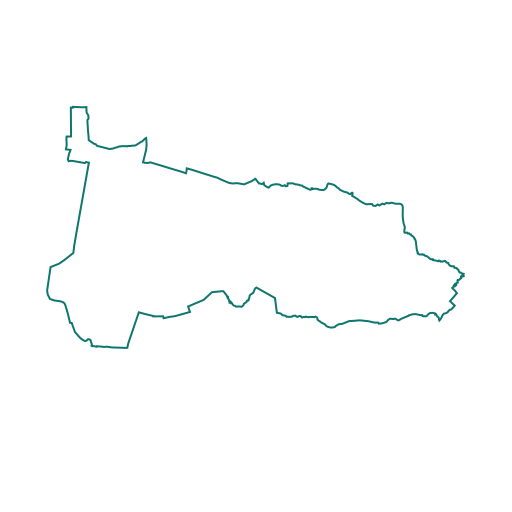 the district of Nicolae Balcescu, Bacau, Romania, rotated 190°
{"feature_id": "2599482B89029653208955", "entity_name": "Nicolae Balcescu", "entity_type": "district", "adm_level": 2, "iso_a3": "ROU", "parent_name": "Romania", "parent_adm1": "Bacau", "projection": "mercator", "projection_center": [26.867, 46.473], "detail": "fine", "context": "isolated", "style": "outline", "palette": "teal", "viewbox_px": 512, "rotation_deg": 190, "n_neighbors": 0, "source": "geoboundaries", "source_scale": "gbopen_adm2", "svg_char_len": 6040}
<svg xmlns="http://www.w3.org/2000/svg" viewBox="0 0 512 512"><g transform="rotate(190 256 256)"><path d="M121.6,332.0L122.5,332.3L123.8,332.4L127.3,331.7L131.4,332.0L132.2,331.9L133.8,331.1L134.8,330.9L136.7,331.0L137.3,330.5L138.4,329.3L139.2,329.2L140.7,329.5L143.2,327.2L144.7,327.8L145.3,327.8L146.9,326.1L149.1,325.8L149.7,326.2L150.4,327.2L151.0,327.3L156.5,326.1L160.1,327.0L164.5,328.8L166.0,329.8L168.1,330.5L169.7,331.3L171.3,331.6L171.7,331.8L171.8,332.3L171.6,334.0L171.8,334.7L172.0,335.0L172.5,334.9L173.1,334.4L173.8,333.4L174.8,333.2L176.9,334.3L181.1,334.7L185.0,335.9L186.6,337.1L187.9,337.5L190.2,339.0L191.7,339.6L194.3,339.9L197.3,340.0L197.8,339.3L198.0,338.7L198.5,335.4L198.7,334.9L199.5,334.3L199.9,333.5L200.6,332.9L201.5,332.5L206.0,332.3L206.9,332.8L210.4,332.3L211.9,331.7L212.0,332.2L212.5,332.5L212.8,332.4L212.4,331.9L212.6,331.6L213.8,330.7L214.7,330.7L222.1,332.8L223.0,333.4L224.4,333.2L226.3,333.6L228.0,333.6L229.4,333.4L232.8,334.0L234.2,333.5L235.5,333.4L237.4,333.0L237.2,331.3L237.2,330.6L237.4,330.3L239.0,329.9L239.6,330.6L240.1,330.7L241.0,330.0L242.2,329.6L243.5,329.6L244.3,330.2L245.0,330.4L248.3,330.3L251.7,329.2L253.4,328.2L254.5,327.0L255.0,325.9L255.6,325.5L257.5,326.0L260.2,327.2L261.1,329.4L262.0,328.3L262.6,327.9L264.9,328.1L265.5,327.9L268.7,330.7L269.9,331.9L270.3,331.9L270.4,331.4L271.5,330.6L273.2,329.0L280.1,324.5L286.7,324.5L288.5,324.2L290.7,323.5L292.9,323.3L295.3,323.3L304.0,325.3L307.6,326.4L311.8,326.8L334.3,329.8L339.4,330.3L339.2,326.7L339.4,325.3L343.8,326.0L376.5,329.9L377.2,329.4L378.9,328.8L381.2,328.5L383.5,328.6L382.7,341.0L382.8,343.1L382.9,345.3L383.3,347.7L384.0,350.6L384.7,353.1L385.3,352.7L388.1,349.0L389.5,348.1L389.8,347.7L393.6,344.2L395.0,343.5L395.9,343.5L399.0,342.5L401.1,342.1L401.9,341.6L402.5,341.8L403.4,341.5L406.6,341.0L410.3,339.9L411.5,339.0L413.5,338.2L415.4,337.0L417.0,336.6L418.6,335.9L431.8,336.9L433.1,338.2L435.2,338.5L440.8,341.0L442.2,346.7L443.4,350.9L444.0,353.7L445.2,358.3L445.6,360.7L444.8,362.1L445.5,365.2L446.7,366.7L447.3,367.3L447.9,368.4L448.9,373.2L452.8,372.3L462.2,371.1L462.1,370.3L464.1,370.0L458.9,341.6L463.3,340.7L462.9,337.7L461.7,332.5L461.7,328.0L457.1,328.3L457.3,326.3L457.6,325.7L457.9,324.0L458.1,318.4L456.8,316.8L455.1,317.5L453.4,317.8L441.1,317.8L440.4,318.0L439.8,319.0L436.8,318.9L436.9,246.5L436.8,234.5L436.4,227.3L444.1,218.7L448.5,214.3L456.4,209.4L455.7,185.7L454.4,181.8L451.4,177.9L446.7,177.2L440.5,177.4L437.4,176.8L436.2,175.8L435.1,174.2L432.2,168.5L427.5,157.9L425.9,158.1L421.1,149.7L415.0,144.8L412.0,143.3L409.7,142.6L409.1,142.7L408.2,143.3L407.0,144.9L406.5,145.0L404.8,144.7L404.2,144.3L403.9,143.3L402.4,140.7L402.2,140.0L402.4,139.0L402.1,138.8L399.5,139.1L397.1,139.0L397.0,139.5L395.4,139.7L389.5,140.1L387.3,140.8L382.3,140.9L367.6,143.0L366.8,143.3L366.6,147.9L361.6,180.2L354.2,179.5L346.5,179.1L346.5,178.7L337.0,180.5L336.2,178.7L329.9,181.3L327.2,182.0L324.7,183.0L311.3,189.4L314.1,194.5L299.9,203.7L293.1,212.7L283.1,215.5L282.0,215.6L277.9,212.0L277.7,211.7L277.6,211.2L277.3,211.1L277.2,210.8L276.5,210.9L276.4,210.5L276.6,209.9L276.5,209.6L275.1,208.3L274.6,206.7L274.2,206.2L273.8,206.2L273.5,206.9L273.3,206.9L273.1,206.8L272.9,206.1L272.6,206.0L273.1,205.4L272.7,205.4L272.5,205.2L272.2,205.5L271.8,205.5L269.6,203.4L267.8,203.2L266.9,202.7L263.6,203.4L261.4,203.5L260.0,205.1L259.7,205.9L259.6,207.0L257.5,208.8L257.2,209.4L257.3,210.0L257.2,210.4L256.7,210.8L255.7,210.9L255.5,211.5L255.6,213.0L255.3,213.6L255.4,215.4L254.9,216.7L254.2,217.5L252.3,219.2L251.5,223.1L251.1,224.0L250.1,225.0L230.0,217.9L225.6,203.7L223.1,203.7L221.2,203.5L219.9,202.5L219.3,202.3L216.4,202.3L215.2,201.4L214.1,201.8L213.2,201.7L210.0,202.5L209.3,203.3L207.9,203.9L206.7,204.1L206.1,203.6L204.8,203.2L202.9,204.4L201.5,204.5L200.0,203.4L198.7,204.2L196.6,204.4L196.3,205.0L194.0,204.8L191.4,205.5L188.9,205.9L188.2,205.8L187.0,206.6L185.6,206.2L184.9,205.6L184.4,204.1L183.3,203.3L181.7,202.7L180.6,202.0L176.4,200.7L174.7,199.3L173.3,198.8L170.4,198.5L169.3,198.6L166.9,199.3L165.8,200.0L165.1,201.1L162.6,203.2L159.4,204.1L153.1,208.0L142.4,210.7L133.9,211.3L127.9,211.0L124.0,211.6L123.3,210.7L120.9,211.3L118.3,212.5L116.3,213.6L115.7,214.2L115.1,215.6L113.3,217.4L112.6,217.6L110.2,217.7L108.2,218.4L107.6,218.4L105.7,217.5L104.9,217.3L104.0,217.6L101.9,219.5L95.3,223.7L95.2,224.1L91.7,225.8L88.7,226.5L83.2,226.3L82.3,226.7L81.9,226.6L81.7,226.3L81.8,226.1L81.5,225.8L81.0,225.7L78.2,226.1L77.3,226.8L76.1,228.7L74.6,230.1L72.6,230.6L71.8,230.7L70.3,230.6L69.9,230.4L69.5,229.7L69.1,230.3L68.3,229.7L67.3,228.2L66.0,227.4L65.1,226.6L64.7,225.0L64.2,224.3L62.9,226.7L62.1,229.8L61.1,231.7L58.8,232.8L57.5,233.9L56.6,235.8L55.6,236.8L54.7,237.1L53.9,238.0L51.7,241.7L57.1,245.2L51.7,254.2L53.9,256.3L57.2,258.5L57.2,258.8L56.4,259.6L56.1,260.1L56.1,260.5L55.4,260.4L55.0,260.6L55.2,261.7L55.7,262.1L55.4,262.6L54.9,262.1L53.9,261.9L53.7,262.3L54.4,263.4L54.2,263.9L53.9,264.2L52.7,264.8L52.7,265.1L53.4,266.9L53.2,267.5L52.1,267.6L51.2,268.5L51.0,269.2L50.1,269.7L50.1,269.9L50.5,270.5L50.5,270.8L49.8,271.1L49.8,271.4L50.3,271.8L49.6,272.6L48.4,272.0L47.9,272.2L48.0,272.5L48.5,273.1L48.4,274.5L50.3,274.6L51.7,275.3L52.6,275.2L53.4,276.0L54.0,276.8L54.1,277.3L54.5,277.7L55.4,277.9L55.7,278.5L56.7,279.0L58.5,278.8L59.1,280.1L60.2,280.2L61.2,279.8L63.2,280.1L64.7,281.2L65.5,282.5L67.3,282.7L68.7,283.9L70.3,283.5L71.1,282.9L72.4,282.9L73.0,282.5L73.6,282.7L74.0,283.2L75.2,283.2L75.4,282.6L75.8,282.4L76.8,282.7L80.2,282.7L80.7,283.3L81.4,282.9L81.7,283.5L83.6,283.2L87.7,285.5L88.7,285.5L90.2,285.8L90.6,286.4L91.1,286.5L91.6,286.2L92.2,286.6L92.7,286.6L93.5,286.1L95.2,285.9L96.0,286.0L96.9,286.4L97.4,286.9L97.2,287.6L97.9,288.3L98.8,290.3L101.1,298.0L102.3,300.2L103.0,300.5L103.3,301.4L104.7,302.5L106.6,303.2L107.1,304.1L108.6,304.2L109.3,304.9L110.4,304.5L111.3,305.3L113.3,304.7L114.0,305.2L114.4,307.2L114.3,309.3L114.7,310.8L116.3,313.7L118.2,319.5L118.8,322.6L119.9,329.7L120.7,331.3L121.6,332.0Z" fill="none" stroke="#0f766e" stroke-width="2"/></g></svg>